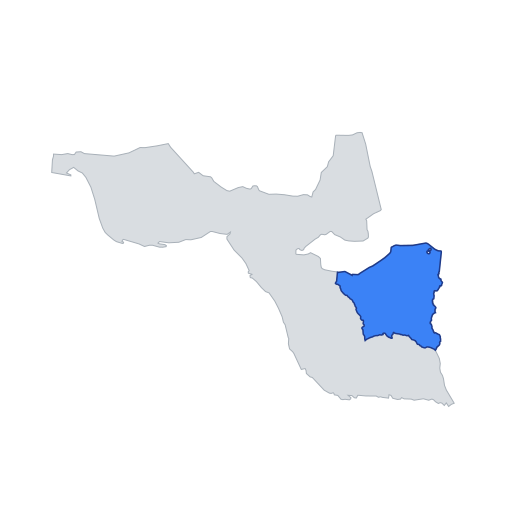 location of Niassa within Mozambique, rotated 96°
{"feature_id": "MOZ-1199", "entity_name": "Niassa", "entity_type": "Province", "adm_level": 1, "iso_a3": "MOZ", "parent_name": "Mozambique", "parent_adm1": "", "projection": "albers", "projection_center": [37.064, -13.372], "detail": "fine", "context": "in_parent", "style": "filled", "palette": "blue", "viewbox_px": 512, "rotation_deg": 96, "n_neighbors": 0, "source": "natural_earth", "source_scale": "10m", "svg_char_len": 9242}
<svg xmlns="http://www.w3.org/2000/svg" viewBox="0 0 512 512"><g transform="rotate(96 256 256)"><path d="M153.4,355.0L156.8,352.3L179.3,327.0L180.7,326.0L178.8,321.8L181.7,317.0L182.0,309.5L182.9,308.2L186.3,305.7L191.1,297.8L194.0,291.8L194.3,288.9L189.8,280.8L188.4,276.4L189.7,272.6L190.1,269.0L189.5,267.8L186.7,266.4L186.3,264.8L186.2,262.9L186.8,261.9L190.0,260.1L190.8,259.2L193.3,249.6L192.3,242.4L192.1,234.2L192.6,225.6L192.2,220.8L190.0,215.2L189.8,211.2L191.2,208.4L191.5,206.7L186.3,205.9L183.6,203.7L173.7,200.2L166.1,199.8L159.7,194.4L154.7,193.6L148.2,189.7L128.2,189.4L127.5,189.0L126.4,176.7L125.5,172.7L122.9,168.4L122.2,165.4L122.3,163.4L133.3,158.6L155.0,151.8L159.7,149.6L196.7,136.3L197.8,137.0L201.6,143.4L207.9,150.6L209.4,149.6L218.3,148.3L219.6,147.3L222.3,146.6L225.4,146.2L226.5,146.6L229.9,151.1L231.1,159.6L231.3,165.3L230.9,169.3L228.3,174.0L226.5,180.0L223.7,183.3L223.8,184.8L227.0,188.3L227.7,189.8L227.5,192.9L228.1,194.1L230.9,196.0L233.0,198.9L241.2,207.4L243.2,208.9L244.8,209.3L245.7,210.9L245.2,212.9L244.0,214.0L244.5,215.6L246.0,216.9L249.7,216.6L250.1,216.1L249.9,208.5L248.5,204.2L247.0,202.1L250.0,193.9L251.7,191.7L257.7,190.7L260.5,189.9L261.6,188.9L262.5,186.3L263.2,179.1L263.4,172.3L262.8,168.3L263.6,162.2L264.9,158.5L264.3,157.8L263.7,152.7L248.5,132.6L239.8,123.7L238.3,122.8L233.5,122.1L231.0,118.8L228.8,100.7L225.4,87.7L230.4,79.0L232.0,73.4L233.0,72.6L237.3,72.2L252.4,72.3L256.1,72.7L257.8,72.2L261.8,68.8L265.0,68.8L269.3,71.0L271.7,72.8L272.1,74.4L275.1,75.4L280.5,75.6L284.5,74.8L287.0,72.8L289.6,71.8L292.3,71.7L294.3,72.3L295.7,73.8L298.4,74.8L302.3,75.4L306.7,74.5L311.3,72.1L314.0,69.5L315.5,65.2L316.4,64.6L322.9,64.2L326.5,65.1L331.0,67.8L338.7,63.0L343.7,61.5L348.4,61.5L352.3,60.4L355.3,58.1L358.5,56.7L365.0,55.0L369.4,52.7L381.7,43.5L383.1,46.2L385.5,48.7L382.2,51.4L385.0,53.1L382.9,55.7L382.6,57.5L383.6,59.2L382.2,62.2L380.4,64.4L379.9,66.1L381.4,69.2L380.5,74.6L382.9,83.7L382.1,86.7L382.6,93.8L381.6,96.4L383.2,97.3L383.9,100.2L383.2,105.1L380.5,107.2L380.1,109.2L383.5,109.3L383.4,115.5L383.0,117.4L383.7,119.5L382.7,121.8L383.7,131.8L383.8,139.0L383.9,140.2L386.8,141.4L386.7,143.4L384.8,146.0L384.9,149.9L387.0,146.8L388.2,146.9L389.3,148.1L389.2,152.5L389.8,154.6L389.6,156.5L386.1,160.1L385.9,163.6L384.6,164.1L383.9,164.9L384.8,166.9L384.7,168.7L382.3,174.2L370.9,187.3L370.6,189.5L367.6,193.6L364.5,194.3L362.8,195.4L364.1,199.1L348.9,208.2L347.4,209.5L344.9,212.9L339.9,214.6L334.6,214.8L333.6,215.5L321.4,219.8L319.0,221.8L313.8,223.6L305.6,228.2L298.9,232.6L291.3,239.2L290.4,242.8L286.8,247.4L281.4,252.9L278.3,257.4L278.1,259.4L276.2,260.0L274.6,258.1L273.9,261.8L272.6,262.1L271.2,261.3L264.5,265.3L259.5,269.7L252.4,278.4L242.2,286.7L239.8,286.9L236.6,284.1L234.8,283.9L237.5,287.0L237.4,294.0L236.2,302.1L236.4,303.9L243.3,312.4L246.7,322.5L247.0,327.6L250.4,334.2L252.0,344.2L251.7,353.4L253.4,354.9L254.0,353.5L254.2,347.8L255.1,346.2L256.1,346.4L257.0,349.6L257.3,352.9L256.1,360.1L256.4,363.0L258.2,367.9L256.2,373.7L253.3,389.4L254.0,390.4L255.6,390.8L256.1,389.1L257.0,389.1L257.5,390.1L256.3,396.3L255.0,399.0L250.6,405.6L248.3,408.5L244.3,411.3L235.1,415.8L216.5,422.3L204.8,427.4L195.6,433.4L191.6,437.4L190.0,441.9L186.9,446.6L189.6,450.5L193.2,453.2L194.7,448.6L195.7,448.5L194.3,467.9L181.6,468.5L177.9,467.8L175.8,468.0L175.5,459.9L173.8,453.9L174.4,449.5L174.1,447.2L171.4,445.7L170.6,441.0L172.1,437.4L171.5,407.5L166.7,393.1L160.3,382.7L159.8,377.5L156.8,365.9L153.4,355.0ZM233.8,86.4L235.3,85.6L235.6,84.1L234.5,83.3L233.6,83.5L233.2,85.9L233.8,86.4ZM232.6,83.6L231.4,82.5L230.4,82.8L230.1,83.8L231.1,85.0L232.2,85.0L232.6,83.6Z" fill="#d9dde1" stroke="#a8b0b8" stroke-width="1"/><path d="M321.4,63.5L321.5,63.8L321.9,63.9L322.4,64.3L322.7,64.4L323.0,64.3L323.5,64.1L323.8,64.0L325.0,64.2L325.9,64.8L327.3,66.3L328.2,66.8L330.2,67.3L331.0,67.8L330.0,69.1L329.9,69.4L329.7,70.2L329.4,70.9L329.2,71.7L329.0,72.0L328.8,73.0L328.6,73.8L328.5,75.6L328.5,75.9L328.6,76.5L328.8,76.8L329.1,77.3L329.3,77.6L329.7,78.2L329.7,78.9L329.5,80.2L329.3,80.7L329.2,81.6L328.8,82.0L328.5,82.2L328.4,82.3L328.2,83.0L328.0,83.6L327.8,83.8L327.2,84.1L327.1,84.3L327.0,84.7L326.9,85.6L326.9,86.0L326.8,86.3L325.8,87.0L325.5,87.2L324.9,87.5L324.7,87.7L324.4,88.0L324.1,88.4L323.6,88.6L323.5,89.3L323.1,90.2L323.0,90.6L322.8,92.3L322.7,92.5L322.1,92.9L321.8,93.1L321.3,93.8L320.6,94.5L320.2,95.1L320.0,95.3L319.6,95.6L319.1,95.9L319.0,96.0L319.3,96.7L319.4,97.0L319.5,97.4L319.5,97.9L319.4,98.3L319.3,98.6L319.0,99.8L319.1,100.2L319.3,100.7L319.3,101.9L319.3,102.0L319.0,102.6L319.0,102.8L318.9,102.9L319.0,103.7L319.0,104.0L318.9,104.3L318.7,104.5L318.6,104.9L318.6,105.4L318.5,106.1L318.6,106.8L318.5,107.3L318.5,107.5L318.5,108.4L318.5,108.7L318.4,109.1L318.3,109.7L318.3,109.9L318.2,110.2L317.6,110.9L317.6,111.0L317.7,111.3L317.9,111.4L319.2,111.6L319.7,111.8L320.0,112.0L320.2,112.3L320.4,112.4L320.5,112.5L320.9,112.7L321.5,112.8L322.6,112.2L322.9,112.1L323.2,112.1L323.5,112.1L323.6,112.4L323.7,113.1L323.6,113.3L323.3,113.7L323.3,113.8L323.2,114.4L323.0,114.7L323.0,115.2L323.0,115.4L322.7,115.8L322.6,116.2L322.5,116.3L322.2,116.5L322.0,117.2L321.8,117.4L321.2,118.0L320.9,118.2L320.4,118.7L319.9,119.0L319.4,119.6L319.3,119.8L319.3,120.1L319.5,121.2L319.6,121.4L319.7,121.5L319.9,121.7L320.0,121.7L320.5,121.5L320.8,121.4L320.9,121.5L321.0,121.7L321.2,122.4L321.4,122.8L321.5,123.1L321.5,123.5L321.4,124.5L321.4,124.9L321.5,125.0L321.9,125.6L322.2,126.2L322.3,126.5L322.5,127.0L322.6,127.3L322.6,127.5L322.5,127.8L322.6,128.2L322.7,128.7L323.5,130.7L323.6,130.9L324.0,131.2L324.2,131.6L324.6,132.3L324.6,132.6L324.6,132.9L324.7,133.1L325.1,133.5L325.2,134.0L326.7,136.3L326.8,136.5L326.9,136.8L327.2,137.2L328.7,138.6L328.0,138.9L327.0,139.2L324.8,139.5L323.8,140.0L322.9,140.9L322.4,141.2L318.1,142.0L317.9,142.2L317.7,142.5L317.3,142.8L316.9,143.1L316.5,143.2L315.6,142.7L315.1,141.9L314.5,141.2L313.4,141.2L312.9,141.5L312.3,142.3L311.9,142.4L309.9,142.3L309.4,142.3L308.9,142.5L308.6,142.9L308.8,143.4L308.8,143.9L308.4,144.5L307.8,145.1L307.3,145.5L305.3,145.5L305.0,145.7L304.0,146.7L303.1,147.9L302.3,148.8L301.5,149.5L298.9,150.9L298.4,151.0L297.8,150.7L297.4,150.6L297.1,150.7L297.0,150.8L296.9,150.9L295.3,152.3L294.8,152.4L294.5,152.5L294.2,152.6L293.8,153.0L293.6,153.1L293.0,153.2L292.8,153.3L292.5,153.6L291.7,154.4L291.6,154.7L291.4,154.8L290.1,155.4L289.4,156.3L289.0,157.1L288.7,157.9L287.5,159.0L287.4,159.4L287.3,159.5L287.0,160.1L285.6,161.4L285.7,162.5L285.6,162.9L284.6,164.5L284.4,164.6L284.0,164.9L283.9,165.1L283.8,165.4L283.7,165.6L283.3,165.9L281.9,167.4L281.1,167.9L280.9,168.0L280.4,168.1L280.2,168.1L279.2,168.8L278.8,168.9L278.2,169.2L277.9,169.2L277.3,169.1L277.1,169.2L277.0,169.3L276.9,169.4L276.2,170.7L275.7,171.5L275.6,171.8L275.7,172.4L275.6,173.0L275.4,173.5L275.1,174.0L274.9,174.1L274.7,174.2L274.1,173.9L273.5,173.7L273.0,173.3L272.6,173.2L263.6,173.3L263.7,172.2L262.2,166.4L262.2,165.8L262.4,165.2L265.2,158.4L264.7,158.4L264.3,158.3L264.2,158.1L263.9,152.7L263.7,152.2L263.4,151.8L262.2,150.6L255.5,142.1L253.8,138.9L244.3,127.7L239.4,123.3L238.6,122.8L237.8,122.5L236.9,122.4L233.7,122.4L233.3,122.4L233.0,122.2L232.9,122.1L232.8,121.7L232.2,120.8L231.9,120.4L231.4,119.8L230.5,117.9L230.5,115.8L230.6,113.6L229.1,101.3L225.4,88.6L225.5,87.4L226.0,86.1L230.6,78.9L231.6,76.3L231.8,75.3L231.8,74.2L231.7,73.1L231.7,72.6L231.9,72.3L232.8,72.1L251.4,72.1L252.5,72.1L252.7,72.4L253.0,72.5L253.7,72.5L254.3,72.2L254.7,72.4L254.8,72.6L254.9,72.8L255.0,72.9L255.3,73.0L255.3,72.6L255.6,72.5L256.0,72.7L256.4,72.8L257.0,72.5L258.4,72.1L258.7,71.9L258.9,71.4L259.1,71.0L259.4,70.7L259.7,70.5L259.5,69.9L259.9,69.6L261.2,69.4L261.7,69.0L262.5,68.0L262.8,67.8L263.8,68.0L264.7,68.3L265.7,68.3L266.0,68.5L266.5,69.0L266.2,69.6L266.5,70.1L267.0,70.3L267.4,70.2L267.8,70.1L268.3,70.4L269.3,71.0L269.5,71.1L270.1,71.2L270.3,71.3L270.9,71.8L271.1,71.8L271.5,72.0L271.7,72.5L271.8,73.1L271.9,73.6L271.8,74.0L271.8,74.6L272.1,75.0L272.4,75.2L273.4,75.1L273.7,75.1L274.1,75.3L274.4,75.4L274.8,75.4L275.7,75.1L276.5,75.0L276.8,74.7L279.9,74.7L280.1,74.8L280.3,75.4L280.4,75.6L281.2,75.9L281.6,76.0L283.2,75.7L283.6,75.6L284.3,75.5L284.5,75.4L284.6,75.2L284.9,75.0L285.8,74.7L286.1,74.5L286.3,74.3L287.1,73.2L288.2,71.9L288.6,71.7L288.9,71.8L289.4,71.9L290.0,72.3L290.4,72.4L292.8,72.2L293.0,72.0L293.6,71.6L293.9,72.4L294.6,73.3L295.5,74.1L296.4,74.5L298.6,75.0L299.7,75.1L300.6,75.0L301.3,74.7L301.5,74.7L301.8,74.8L302.3,75.3L302.5,75.4L303.7,75.8L304.3,75.8L304.8,75.7L305.0,75.6L305.2,75.4L305.5,74.8L305.7,74.5L306.0,74.3L306.5,74.2L307.4,73.7L308.0,73.6L308.8,73.6L309.4,73.5L309.8,73.2L311.0,72.3L312.8,71.5L313.4,71.1L313.7,70.8L313.9,70.5L313.9,70.2L313.7,69.9L313.6,69.5L313.7,68.9L314.4,67.8L314.3,67.4L314.6,67.0L315.0,65.9L315.0,65.5L315.2,65.3L316.8,64.4L317.2,64.2L318.3,64.2L318.5,64.1L318.7,63.9L320.2,63.6L321.0,63.6L321.4,63.5ZM233.9,86.5L234.5,86.4L235.0,86.1L235.4,85.6L235.7,85.0L235.7,84.3L235.5,83.8L235.1,83.5L234.5,83.3L234.0,83.3L233.6,83.5L233.2,84.7L233.0,85.3L233.0,85.8L233.4,86.4L233.9,86.5ZM230.6,82.7L230.1,83.2L230.2,83.6L230.8,84.4L231.2,84.8L231.5,85.2L231.9,85.2L232.4,84.7L232.6,83.8L232.3,83.0L231.5,82.5L230.6,82.7Z" fill="#3b82f6" stroke="#1e3a8a" stroke-width="1.5"/></g></svg>